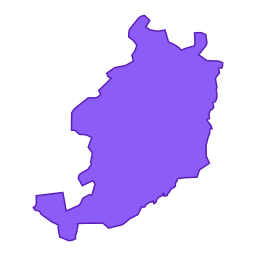 the district of Kusada, Katsina, Nigeria
{"feature_id": "59680162B88881037507986", "entity_name": "Kusada", "entity_type": "district", "adm_level": 2, "iso_a3": "NGA", "parent_name": "Nigeria", "parent_adm1": "Katsina", "projection": "natural_earth1", "projection_center": [7.948, 12.456], "detail": "fine", "context": "isolated", "style": "filled", "palette": "violet", "viewbox_px": 256, "rotation_deg": 0, "n_neighbors": 0, "source": "geoboundaries", "source_scale": "gbopen_adm2", "svg_char_len": 2538}
<svg xmlns="http://www.w3.org/2000/svg" viewBox="0 0 256 256"><path d="M128.7,33.5L128.8,37.1L133.1,40.3L136.9,45.2L134.7,51.4L131.9,55.1L133.4,61.2L125.1,65.7L114.8,67.6L106.7,73.2L107.4,75.2L107.7,75.8L108.2,76.9L109.0,77.2L109.3,77.3L109.9,77.7L111.1,78.2L106.0,83.5L98.7,90.5L100.9,94.6L96.4,97.8L88.1,97.9L74.4,108.9L71.7,112.8L71.5,130.2L74.8,130.3L77.7,132.9L79.2,134.3L85.8,134.8L86.1,134.8L91.1,137.1L91.6,137.9L91.6,138.0L88.2,147.3L88.3,147.4L91.8,152.0L92.5,153.0L92.2,154.2L92.1,155.2L91.4,158.2L90.7,161.6L91.2,164.8L88.0,169.2L87.9,169.3L83.2,172.1L79.5,174.4L78.8,176.5L78.3,178.1L78.2,178.2L82.3,185.7L91.9,181.1L93.5,181.1L95.0,184.5L91.8,195.2L89.5,194.6L83.1,198.0L80.6,203.1L79.7,204.9L69.2,209.8L68.8,210.0L66.1,210.7L62.9,192.5L36.2,195.7L36.4,203.4L35.4,206.0L33.3,207.5L35.2,210.2L38.6,210.9L39.4,211.1L40.9,213.9L42.8,215.4L43.1,215.7L51.5,221.7L58.5,225.1L58.1,228.4L59.8,237.2L63.0,238.2L64.7,238.9L68.5,240.6L71.0,240.5L73.2,239.9L75.5,238.8L75.5,235.6L76.1,233.8L77.0,231.4L77.0,229.0L77.9,226.2L77.5,223.8L82.2,223.3L103.0,223.2L108.6,228.1L119.6,225.4L122.4,224.7L130.1,218.5L137.9,214.6L141.7,206.8L142.7,206.8L143.9,207.3L145.4,206.2L146.1,204.5L148.3,203.3L149.5,202.1L150.2,201.8L152.0,202.2L153.2,201.1L153.7,202.2L153.9,203.6L154.7,203.4L156.3,201.4L157.0,198.9L157.8,198.2L159.3,196.8L161.7,196.0L162.7,195.4L162.6,193.7L163.1,193.4L164.2,193.7L164.0,195.7L164.8,196.2L166.5,195.4L167.3,195.5L167.5,193.9L168.6,193.0L171.0,189.3L171.5,188.6L173.0,188.1L174.1,187.3L175.3,186.3L175.4,184.3L175.6,182.5L176.6,181.8L177.1,180.9L177.0,179.8L177.8,178.6L185.1,177.7L197.1,177.2L199.4,169.9L209.4,163.2L206.3,156.2L206.1,145.3L207.1,141.2L207.7,138.8L208.3,136.6L209.6,134.0L209.7,130.4L210.5,128.5L212.0,128.7L211.6,127.5L211.1,125.8L207.5,120.9L207.2,120.2L207.4,119.2L209.3,118.7L209.5,118.2L209.3,117.0L209.1,114.4L209.7,111.4L210.1,110.5L212.1,109.3L213.8,107.4L213.3,105.5L212.8,103.0L213.1,102.5L213.9,102.2L215.2,101.6L215.8,100.7L216.4,99.1L216.9,96.9L216.8,93.9L216.3,90.5L216.9,86.8L215.9,82.0L215.5,78.6L216.2,77.0L219.4,73.1L219.1,70.4L218.3,69.0L218.8,68.1L219.7,67.8L220.5,68.1L221.4,68.3L222.1,67.5L222.5,66.2L222.7,63.4L222.7,62.7L218.3,61.0L207.1,60.7L198.7,54.8L206.3,45.1L206.9,42.6L205.8,34.7L201.7,32.7L199.4,32.6L194.5,32.9L195.0,42.0L194.5,45.8L187.8,47.7L184.6,48.7L181.3,50.2L179.3,48.0L175.6,45.4L168.5,41.9L165.0,30.0L157.9,31.3L150.1,29.9L145.8,27.1L149.8,20.6L144.5,15.4L141.1,16.3L138.5,18.1L129.4,29.6L128.7,33.5Z" fill="#8b5cf6" stroke="#5b21b6" stroke-width="1.5"/></svg>